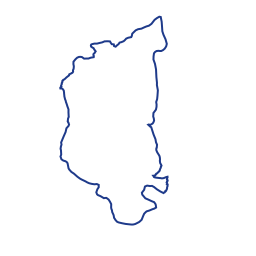 the district of Quthing, Quthing, Lesotho, rotated 247°
{"feature_id": "5366337B136764020744", "entity_name": "Quthing", "entity_type": "district", "adm_level": 2, "iso_a3": "LSO", "parent_name": "Lesotho", "parent_adm1": "Quthing", "projection": "orthographic", "projection_center": [27.658, -30.405], "detail": "fine", "context": "isolated", "style": "outline", "palette": "blue", "viewbox_px": 256, "rotation_deg": 247, "n_neighbors": 0, "source": "geoboundaries", "source_scale": "gbopen_adm2", "svg_char_len": 5439}
<svg xmlns="http://www.w3.org/2000/svg" viewBox="0 0 256 256"><g transform="rotate(247 128 128)"><path d="M218.2,200.3L217.9,197.7L217.2,194.8L216.1,192.8L214.7,190.3L214.0,187.2L214.3,184.7L214.3,181.9L214.2,179.2L215.0,175.9L214.9,173.2L213.2,168.8L211.3,167.5L210.4,166.5L211.0,163.5L211.0,161.3L210.1,159.4L209.6,157.9L209.6,155.5L209.9,153.6L208.9,152.1L208.4,150.2L207.7,148.4L208.8,147.2L210.5,147.6L211.5,145.8L213.2,145.4L214.7,145.3L215.8,143.2L216.9,140.3L216.9,137.7L217.4,135.0L217.8,132.4L218.8,130.1L218.9,129.6L219.0,128.9L219.2,127.8L219.2,127.2L219.2,126.8L218.8,126.3L218.3,126.0L217.7,125.9L217.3,125.9L217.2,125.9L216.7,126.3L215.9,126.7L215.4,127.2L215.0,127.5L214.6,127.5L214.0,127.6L213.3,127.6L212.6,127.9L211.9,128.0L211.2,128.2L210.8,127.6L210.5,127.0L210.2,126.8L209.8,125.7L209.6,125.2L209.2,124.9L208.8,124.7L208.3,124.6L207.7,124.7L206.9,124.3L206.6,124.1L207.3,121.1L207.4,118.7L208.3,116.6L209.0,114.7L211.3,113.3L212.0,112.2L212.6,110.6L212.6,108.7L211.8,106.5L210.8,104.6L210.3,103.7L208.1,102.7L206.1,102.3L204.3,101.4L203.2,100.6L202.9,100.1L202.4,99.8L202.1,99.7L201.8,99.6L201.3,99.5L200.9,99.0L200.6,98.5L200.5,98.0L200.6,97.6L200.4,97.2L200.4,96.5L200.4,95.6L200.3,94.8L199.5,94.4L199.3,93.7L199.0,92.5L198.7,91.4L198.4,90.5L198.0,89.6L197.8,88.9L197.7,88.3L197.6,87.9L197.5,87.6L197.6,87.2L197.3,87.0L197.1,86.5L197.1,86.1L196.8,85.8L196.6,85.7L196.3,85.7L196.2,85.7L195.9,85.5L195.7,85.3L195.6,85.0L195.4,84.8L195.3,84.6L195.1,84.4L194.8,84.4L194.5,84.4L194.3,84.2L194.1,84.0L193.9,83.8L193.6,83.4L193.3,83.1L193.0,82.9L192.9,82.8L192.5,82.8L192.4,82.9L192.0,82.9L191.9,82.6L191.8,82.4L191.8,82.0L191.7,81.6L191.4,81.3L190.8,81.2L190.6,81.8L190.5,82.2L189.4,83.1L187.6,83.5L185.3,82.9L184.9,82.7L182.6,82.0L182.1,81.8L179.0,81.3L178.5,81.3L177.5,81.3L176.0,81.0L175.1,81.0L172.6,80.8L172.0,80.7L168.4,80.5L165.4,79.2L164.5,78.9L164.3,78.8L163.7,78.6L161.8,77.9L161.6,77.8L161.4,77.8L161.2,77.6L160.1,76.5L158.5,75.6L158.4,75.6L157.8,75.1L157.2,75.2L156.6,75.1L156.3,75.3L155.9,75.2L154.2,75.1L153.1,74.0L152.9,73.5L151.8,71.2L148.7,69.0L145.5,65.6L140.8,60.8L138.7,60.3L137.3,59.1L135.2,57.8L133.7,57.6L132.3,57.1L130.1,56.3L129.6,56.1L128.1,54.7L127.8,54.7L125.2,54.5L123.3,55.7L122.3,56.9L121.9,57.4L121.5,57.7L120.6,58.3L119.2,58.6L117.8,58.3L114.0,57.5L112.3,57.8L112.1,57.9L109.7,58.7L107.1,60.4L102.9,62.4L100.4,63.9L100.2,64.0L99.2,64.8L98.8,65.1L97.1,66.6L95.4,68.1L93.9,69.2L92.3,70.7L90.8,72.7L89.3,75.1L88.6,77.4L87.4,78.5L87.1,78.8L84.9,77.9L83.6,75.9L81.2,73.7L79.1,73.6L78.0,74.1L76.1,76.0L72.8,78.4L72.6,79.5L72.1,80.8L69.7,82.2L67.2,82.6L64.5,82.8L61.4,81.4L60.1,81.1L58.7,81.1L56.6,80.6L54.9,80.7L53.3,80.7L52.9,80.6L51.6,80.3L50.8,80.1L48.6,80.5L48.3,80.5L46.0,81.3L44.8,82.4L42.6,85.4L40.7,88.2L39.3,90.7L38.7,91.8L37.8,93.4L37.1,95.2L36.8,97.2L37.0,100.2L37.1,101.5L37.4,102.5L38.2,104.7L40.6,107.1L41.3,107.8L42.5,109.1L42.8,109.4L43.7,111.6L44.0,112.5L43.7,115.4L43.7,118.7L43.5,120.9L43.7,121.8L43.8,122.8L45.6,123.3L47.0,123.6L49.5,123.1L51.5,121.1L54.3,118.6L56.5,116.5L61.1,115.1L63.0,115.5L64.8,118.7L67.2,120.5L67.5,120.8L67.5,123.1L66.0,125.5L65.3,127.5L63.5,128.9L60.2,130.7L56.9,133.0L54.2,135.3L54.6,136.3L54.5,136.7L54.7,136.9L54.8,137.2L54.9,137.6L55.1,137.8L55.3,137.8L55.3,138.2L55.3,138.5L55.7,138.7L55.9,139.1L56.1,139.5L56.4,139.8L56.7,139.9L57.0,140.2L57.2,140.4L57.5,140.5L57.8,140.6L58.0,140.8L58.3,141.0L58.6,141.2L58.9,141.6L59.3,141.8L59.7,142.0L59.8,142.0L60.0,142.0L60.2,142.3L60.4,142.4L60.6,142.3L60.8,142.2L61.0,141.9L61.1,142.0L61.3,142.2L61.5,142.4L61.9,142.5L62.1,142.4L62.4,142.3L62.6,142.2L62.7,142.3L62.8,142.5L63.0,142.7L63.2,142.8L63.5,142.9L63.6,143.1L63.7,143.3L63.7,143.6L63.8,143.7L64.0,143.8L64.4,144.1L64.6,144.1L64.8,144.0L65.0,143.8L65.2,143.7L65.4,143.7L65.8,143.9L66.0,144.0L66.3,144.3L66.5,144.5L66.9,145.0L67.1,145.1L67.4,145.2L67.7,145.3L67.8,144.7L67.9,144.1L67.9,143.3L67.9,142.7L67.9,142.1L67.9,141.3L68.0,141.0L68.1,140.5L68.2,140.1L68.4,139.5L68.7,139.0L69.3,138.2L69.6,137.5L70.0,136.8L70.4,136.1L70.8,135.4L71.3,134.5L71.8,133.8L72.2,133.2L72.6,132.8L73.2,132.7L73.8,132.7L74.2,132.6L74.1,132.9L74.0,133.1L73.7,133.4L73.7,133.6L73.8,133.7L73.8,133.9L73.9,134.1L73.8,134.4L74.0,134.8L74.1,135.2L74.5,135.4L74.6,135.6L74.6,135.9L74.8,136.1L74.7,136.4L74.9,136.7L75.0,137.0L75.0,137.5L75.3,138.0L75.5,138.4L75.7,139.1L75.8,139.6L76.0,140.0L76.5,140.3L76.5,140.6L76.7,140.8L77.0,141.0L77.4,141.3L77.8,141.6L78.0,141.9L78.2,142.2L78.6,142.5L78.9,142.8L79.2,143.1L79.4,143.2L79.8,143.3L79.9,143.6L80.1,144.0L80.4,144.2L81.2,144.1L81.9,144.1L82.6,143.9L83.5,144.0L84.6,144.3L85.4,144.5L86.1,145.0L87.0,145.3L87.7,145.6L88.6,145.8L89.6,146.0L90.4,146.0L91.7,145.8L94.2,145.4L96.2,145.4L96.9,145.5L98.3,146.2L98.5,146.7L101.3,148.2L103.9,148.2L106.9,148.9L112.0,149.0L116.5,149.4L118.5,149.6L119.7,149.7L120.4,149.1L122.2,148.3L123.1,147.9L123.1,148.5L122.8,148.9L122.1,149.5L122.2,149.9L122.3,151.1L122.4,151.7L122.6,152.6L123.3,153.6L124.6,154.9L126.8,155.5L128.7,155.7L131.9,157.3L134.0,160.9L136.3,162.5L138.5,163.5L140.9,164.1L143.2,166.1L146.1,167.7L151.0,170.2L156.3,171.4L158.2,172.3L163.7,174.0L168.3,175.7L171.0,176.7L176.5,177.9L181.1,178.2L183.9,179.5L186.6,181.1L187.4,182.6L187.7,184.3L187.2,186.1L186.4,187.5L185.9,188.7L186.0,190.6L186.7,192.8L188.2,195.0L190.3,196.6L194.9,197.2L200.1,197.1L203.6,197.4L207.9,198.9L212.6,200.5L217.4,201.5L218.2,200.3Z" fill="none" stroke="#1e3a8a" stroke-width="2"/></g></svg>